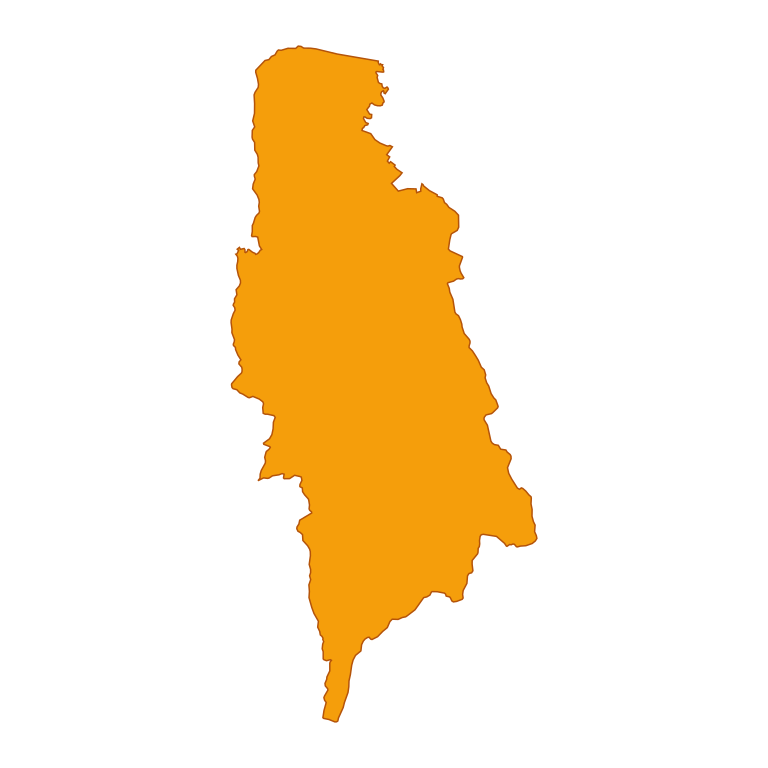 Chun, Phayao, Thailand (Natural Earth projection)
{"feature_id": "78962969B62058634056036", "entity_name": "Chun", "entity_type": "district", "adm_level": 2, "iso_a3": "THA", "parent_name": "Thailand", "parent_adm1": "Phayao", "projection": "natural_earth1", "projection_center": [100.139, 19.355], "detail": "fine", "context": "isolated", "style": "filled", "palette": "amber", "viewbox_px": 768, "rotation_deg": 0, "n_neighbors": 0, "source": "geoboundaries", "source_scale": "gbopen_adm2", "svg_char_len": 6073}
<svg xmlns="http://www.w3.org/2000/svg" viewBox="0 0 768 768"><path d="M378.3,61.1L337.0,54.0L316.0,48.9L310.5,48.2L303.7,48.1L301.0,46.4L298.2,46.1L295.7,48.4L287.9,48.3L281.2,50.3L278.4,50.0L277.1,51.2L275.0,54.9L271.4,56.5L268.9,59.6L265.0,60.5L255.8,70.2L255.7,72.2L257.5,78.5L258.5,84.3L258.2,87.4L255.1,92.2L254.1,94.9L254.6,103.6L254.5,113.4L252.7,120.9L254.7,126.9L252.3,130.4L252.1,137.1L252.5,139.1L254.6,142.4L254.8,150.2L257.3,154.3L258.1,157.2L258.2,162.9L258.9,165.9L256.7,171.6L254.3,174.6L254.3,176.0L255.2,179.1L253.2,184.1L252.6,188.8L257.1,195.0L258.9,199.4L259.3,202.3L258.7,206.2L259.5,211.3L259.0,213.0L256.6,215.3L255.2,217.4L253.4,223.3L252.3,225.5L252.3,231.5L251.6,235.7L252.1,236.6L255.8,236.5L257.7,237.1L259.4,245.9L261.7,249.5L260.3,250.2L258.6,252.7L256.9,254.0L255.7,254.4L255.0,253.3L252.6,252.3L248.8,249.4L247.9,249.6L247.2,251.5L245.7,252.6L245.0,252.3L244.9,249.6L244.1,248.5L240.5,249.3L239.4,247.4L237.2,249.2L238.6,250.5L237.0,253.8L235.8,254.2L237.4,256.3L237.9,258.5L237.7,261.6L236.9,265.2L236.9,268.4L238.4,275.4L240.4,280.2L240.5,283.0L239.3,286.0L236.1,289.7L236.9,294.8L234.5,298.8L234.6,302.1L233.4,304.2L233.2,305.4L234.7,307.6L235.1,310.2L233.3,313.7L231.2,320.0L231.1,322.7L232.0,329.2L231.9,332.7L234.5,339.6L234.2,341.9L233.3,344.2L233.5,345.5L235.4,347.4L235.6,349.6L237.9,355.1L240.9,359.8L239.1,361.9L238.9,363.9L241.7,367.2L242.1,369.2L242.0,371.7L241.4,373.1L237.6,376.6L231.7,383.7L231.5,384.8L232.0,387.5L233.1,388.7L236.8,389.7L239.8,392.9L242.6,394.0L248.2,397.5L249.5,397.7L252.9,396.4L259.3,399.1L262.8,401.8L263.3,402.9L263.5,403.9L262.7,407.5L263.2,413.3L265.2,414.2L267.5,414.2L273.9,415.6L275.2,417.4L273.4,422.2L273.1,428.9L271.9,434.6L269.5,438.8L263.5,443.2L263.8,444.3L269.8,446.6L270.3,447.4L269.0,449.3L266.4,451.4L266.0,452.3L264.7,457.3L265.5,460.8L265.3,463.1L261.3,470.4L260.2,474.1L260.0,478.2L258.0,480.7L263.6,477.9L267.5,478.4L269.0,478.1L272.5,475.8L279.0,474.8L282.1,473.6L284.1,474.2L283.5,477.9L284.2,478.7L289.6,478.6L294.6,475.3L299.9,476.5L301.3,477.1L301.9,480.4L300.0,484.4L299.8,486.3L300.1,486.8L302.3,487.9L302.6,491.7L304.6,494.8L308.3,498.9L308.8,500.5L309.5,505.0L309.1,508.9L309.7,510.3L311.5,511.8L311.7,513.0L299.7,520.2L298.9,524.0L297.0,527.0L296.8,528.8L298.0,531.3L300.1,532.4L302.5,534.6L302.9,540.5L307.7,545.8L309.6,549.1L310.3,551.5L310.4,555.9L309.2,564.4L310.6,569.4L310.6,572.7L309.6,575.8L310.7,579.6L308.9,584.9L309.4,591.4L309.0,597.6L311.8,607.5L314.0,613.5L318.4,621.2L317.7,627.2L319.7,631.4L320.3,634.9L322.0,636.4L323.0,638.2L322.8,639.4L323.7,641.6L322.7,644.1L322.2,648.8L323.2,651.6L323.2,658.9L323.9,659.7L326.5,660.7L330.3,659.7L331.4,660.3L330.1,662.0L329.8,663.4L329.8,670.9L326.9,677.0L326.7,679.3L325.0,683.4L325.3,685.9L327.7,688.8L327.9,690.1L324.5,696.0L323.9,697.7L324.6,700.2L326.2,702.5L324.0,710.5L322.9,717.7L323.7,718.4L329.0,719.5L334.9,721.9L336.6,721.8L337.8,721.0L338.5,717.9L343.2,707.5L344.4,702.6L348.0,692.5L348.8,686.8L349.0,680.9L350.4,674.5L351.7,665.2L353.1,660.0L355.5,655.4L360.9,650.9L361.6,644.7L363.3,641.1L365.1,639.0L367.5,637.5L369.1,637.2L370.7,639.1L372.0,639.5L377.6,636.7L382.7,631.4L387.3,627.6L389.9,621.6L392.2,619.2L398.1,619.4L402.3,617.5L405.7,616.8L407.3,615.7L415.0,609.8L423.7,597.6L426.8,596.9L429.9,595.1L431.2,592.4L432.0,591.6L437.2,591.7L444.4,593.1L445.5,594.0L446.2,596.1L449.5,596.9L450.2,597.5L451.9,601.0L453.4,601.9L456.7,601.4L462.2,599.3L463.1,598.0L462.6,594.4L463.2,590.4L466.9,583.4L467.5,575.8L469.0,573.5L471.6,572.8L472.9,570.8L472.1,564.0L472.2,560.4L477.6,553.8L478.0,552.4L478.2,548.3L479.3,546.6L479.7,543.9L479.5,540.6L480.1,536.4L481.3,534.7L483.3,534.3L496.5,536.4L504.5,543.3L506.4,546.1L507.0,546.3L509.7,544.5L511.1,544.8L512.9,544.0L514.4,544.3L516.4,546.7L517.4,546.9L520.4,546.1L525.9,545.7L532.2,543.5L535.3,541.0L536.9,538.4L536.3,535.5L534.6,531.7L535.1,525.1L533.4,521.6L532.0,516.2L532.1,509.4L531.0,503.9L531.3,498.1L531.0,496.7L528.8,494.8L525.7,491.0L522.7,488.4L521.3,487.9L519.5,489.3L517.4,488.1L511.7,479.1L508.7,473.3L507.5,467.7L511.1,458.8L511.0,456.2L510.2,454.6L507.1,452.0L505.9,450.0L500.7,449.2L498.3,445.3L494.4,444.6L492.2,443.1L490.9,441.1L487.4,425.2L484.1,419.8L484.0,418.3L484.4,417.1L486.1,414.9L491.5,413.6L492.7,412.7L497.6,407.9L498.1,406.6L497.8,405.4L495.8,399.9L493.8,397.9L491.1,393.6L488.7,386.0L486.7,382.8L485.1,377.8L485.7,374.9L484.2,369.8L481.3,367.2L478.3,360.3L475.4,355.5L472.4,350.9L469.1,347.6L469.1,346.0L470.0,343.0L470.0,341.1L469.2,339.3L464.2,333.5L462.1,327.0L461.8,324.1L460.4,319.6L458.5,315.7L456.0,313.9L454.9,312.1L452.9,299.3L449.8,292.1L449.2,288.2L447.4,283.8L448.0,282.7L453.6,281.1L456.6,279.0L458.6,278.6L460.4,279.0L462.7,278.8L463.8,277.7L461.1,273.2L460.1,270.8L459.4,267.4L459.4,265.9L462.5,257.4L462.4,256.6L450.1,250.9L448.4,249.1L449.8,239.7L451.1,234.4L451.7,233.6L457.2,230.4L458.7,227.2L458.5,215.2L454.9,211.3L448.9,207.4L446.7,204.3L444.5,202.6L443.3,199.1L442.2,197.8L437.2,196.3L437.2,194.8L429.4,190.6L423.6,185.9L423.0,184.6L421.9,183.8L420.7,188.9L420.8,191.2L416.7,192.7L416.0,188.9L407.6,188.7L398.3,191.1L391.5,183.4L399.8,175.7L402.1,172.8L396.9,169.3L394.3,166.5L395.1,165.1L390.6,161.7L389.2,163.2L387.4,161.1L389.7,156.9L386.7,154.7L392.4,146.8L389.9,145.5L387.9,146.1L386.2,145.7L379.8,143.0L374.9,139.6L370.8,133.7L362.0,130.5L362.4,128.4L363.7,127.6L364.8,125.6L367.7,124.8L368.2,123.5L365.8,122.6L363.5,118.7L363.8,117.0L364.9,116.9L367.1,118.3L370.1,118.6L371.5,117.8L371.7,114.5L369.6,114.1L366.8,109.6L369.5,106.1L369.8,104.2L371.9,103.0L374.5,104.9L377.4,105.7L380.3,105.8L382.3,105.1L382.9,103.0L383.9,102.2L384.1,101.2L382.8,97.9L380.9,95.1L380.9,93.3L381.7,91.7L383.3,90.7L383.8,91.2L384.0,93.0L385.2,93.7L388.4,89.2L388.0,88.1L387.0,87.0L384.9,88.3L383.3,87.9L382.2,86.3L381.8,83.9L379.7,83.4L378.4,82.3L377.1,77.4L377.7,75.5L376.0,72.9L375.9,72.1L376.7,71.5L382.5,72.1L383.6,72.0L383.7,71.6L383.4,69.8L382.9,69.5L383.5,67.6L382.1,65.9L382.6,64.7L381.3,64.6L380.6,63.9L379.9,64.8L379.4,64.8L378.2,62.5L378.3,61.1Z" fill="#f59e0b" stroke="#b45309" stroke-width="1.5"/></svg>